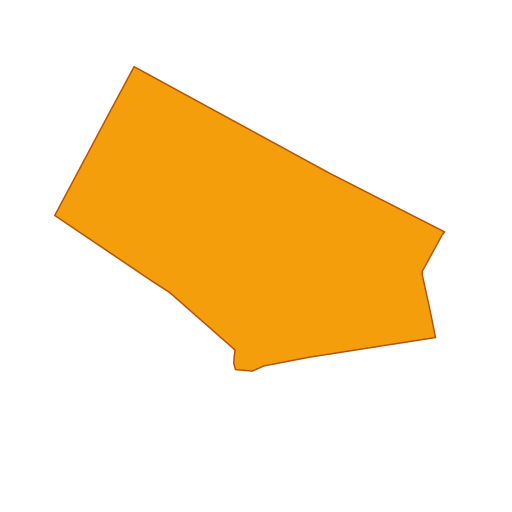 Amourj, Hodh ech Chargui, Mauritania, rotated 208°
{"feature_id": "47542326B9245180339851", "entity_name": "Amourj", "entity_type": "district", "adm_level": 2, "iso_a3": "MRT", "parent_name": "Mauritania", "parent_adm1": "Hodh ech Chargui", "projection": "equal_earth", "projection_center": [-7.235, 15.827], "detail": "fine", "context": "isolated", "style": "filled", "palette": "amber", "viewbox_px": 512, "rotation_deg": 208, "n_neighbors": 0, "source": "geoboundaries", "source_scale": "gbopen_adm2", "svg_char_len": 469}
<svg xmlns="http://www.w3.org/2000/svg" viewBox="0 0 512 512"><g transform="rotate(208 256 256)"><path d="M315.0,183.2L235.6,164.4L230.3,163.1L228.4,157.9L225.3,150.9L220.8,146.1L205.3,152.6L197.4,162.7L171.7,183.4L162.6,190.7L160.6,192.3L59.3,268.3L75.7,288.4L101.2,318.4L101.2,319.3L102.0,320.3L101.5,363.8L101.0,363.8L100.9,365.8L229.2,363.6L452.5,365.9L452.7,311.8L452.7,197.3L335.2,184.9L315.0,183.2Z" fill="#f59e0b" stroke="#b45309" stroke-width="1.5"/></g></svg>